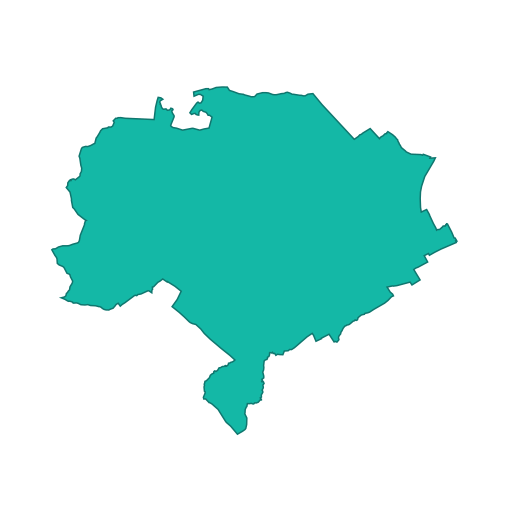 the district of Parjol, Bacau, Romania, rotated 261°
{"feature_id": "2599482B60535260634621", "entity_name": "Parjol", "entity_type": "district", "adm_level": 2, "iso_a3": "ROU", "parent_name": "Romania", "parent_adm1": "Bacau", "projection": "albers", "projection_center": [26.599, 46.592], "detail": "fine", "context": "isolated", "style": "filled", "palette": "teal", "viewbox_px": 512, "rotation_deg": 261, "n_neighbors": 0, "source": "geoboundaries", "source_scale": "gbopen_adm2", "svg_char_len": 6066}
<svg xmlns="http://www.w3.org/2000/svg" viewBox="0 0 512 512"><g transform="rotate(261 256 256)"><path d="M354.4,409.9L358.2,405.7L357.1,404.3L356.5,404.2L356.5,402.6L354.7,400.0L354.3,398.6L353.7,397.4L352.6,396.3L364.0,388.7L360.7,380.7L359.7,379.1L359.4,377.4L358.0,375.7L355.9,371.3L395.3,344.8L407.5,337.6L407.7,332.6L406.5,329.7L406.7,328.0L407.7,325.7L407.8,324.6L409.9,318.2L410.1,317.0L411.4,315.3L412.8,312.7L412.8,311.3L412.2,309.2L412.4,306.7L412.1,301.5L412.4,299.3L412.9,297.7L415.1,293.8L415.8,291.2L416.3,288.1L415.8,282.3L414.0,280.1L413.6,279.2L414.0,276.1L414.7,274.9L417.0,269.7L417.6,269.0L418.9,264.6L422.0,259.1L423.7,255.7L427.3,254.1L428.2,249.1L428.7,243.0L427.8,238.7L427.6,235.7L428.7,235.3L429.1,232.7L427.7,220.0L423.5,219.8L424.7,224.5L424.3,226.4L422.1,228.8L418.2,227.7L415.9,225.7L415.7,224.1L417.1,222.8L416.3,221.3L410.7,215.6L407.8,213.1L405.9,214.5L406.4,216.7L406.4,218.2L405.1,219.0L404.3,220.7L404.1,221.5L406.9,222.1L408.5,223.6L408.6,225.3L407.1,226.5L405.8,229.1L404.2,230.1L402.5,230.7L402.2,232.3L400.0,234.3L389.7,229.6L389.6,224.5L389.1,220.1L392.0,213.7L392.1,212.6L391.8,203.2L394.7,197.5L395.8,194.2L397.0,192.8L398.0,192.1L399.3,192.7L406.3,196.9L407.5,197.0L410.3,195.8L412.2,195.5L412.7,195.6L413.4,196.9L414.0,196.9L414.7,196.3L415.3,195.0L414.1,194.0L413.8,193.4L413.7,191.6L413.8,191.2L415.2,190.4L415.4,189.8L415.4,187.6L416.2,186.7L417.7,186.0L420.1,185.7L420.8,185.1L421.8,185.5L422.7,184.9L423.2,184.9L424.3,185.8L425.4,188.5L427.1,186.8L428.0,184.2L424.8,182.6L418.7,180.1L406.7,176.7L412.5,148.3L413.8,144.2L414.2,141.3L413.7,140.6L414.0,139.0L411.8,136.1L410.2,136.9L406.7,134.7L406.0,132.9L406.5,130.4L405.8,129.6L405.7,124.4L404.0,122.1L402.4,121.0L398.7,117.9L397.5,116.6L392.4,114.4L392.1,113.1L391.0,110.1L390.4,106.9L390.9,104.9L390.5,101.9L390.3,101.3L389.2,100.3L382.3,96.9L380.1,97.3L373.0,97.2L370.0,97.6L366.8,96.8L364.6,95.1L363.1,94.9L362.2,94.3L359.5,89.5L360.6,88.1L360.7,86.9L360.3,84.6L359.5,85.0L359.5,83.3L357.7,81.6L355.0,81.0L353.3,79.3L348.2,82.3L341.2,82.7L339.8,82.4L332.6,82.6L331.0,83.8L324.9,86.7L319.4,91.9L317.7,93.8L317.6,93.1L314.5,91.6L313.9,91.6L304.0,85.7L299.0,84.0L297.7,83.2L297.1,82.5L296.8,81.5L296.3,76.9L295.5,73.1L295.6,71.2L296.3,66.7L295.8,62.3L294.5,59.1L294.7,56.5L294.1,55.3L288.1,57.5L285.7,58.7L284.4,59.0L279.8,58.6L278.0,60.1L276.1,63.2L275.2,64.2L274.3,64.7L268.5,66.6L267.3,68.7L266.8,69.2L264.4,69.5L259.9,71.0L258.0,70.3L254.7,67.5L251.7,66.5L250.6,65.0L249.4,64.1L248.7,62.9L246.4,62.0L245.5,60.4L245.2,57.1L243.1,60.5L241.0,63.0L240.5,64.0L240.5,65.0L239.6,66.8L239.0,67.7L238.4,67.8L238.0,68.5L237.8,71.3L237.1,72.9L235.3,75.4L234.4,79.4L234.3,82.3L233.0,84.8L231.9,89.9L230.5,93.0L230.4,93.8L229.5,95.1L228.3,96.0L227.0,97.6L226.2,99.5L225.7,102.3L226.1,103.2L226.8,106.7L229.0,109.3L230.0,110.2L230.9,112.5L227.7,114.1L229.0,116.1L230.4,119.3L235.9,129.7L236.1,130.6L235.5,132.0L235.7,132.4L236.4,133.0L236.5,136.5L238.6,144.0L238.2,144.9L236.0,147.3L238.5,147.8L239.2,148.6L241.5,148.8L241.6,150.0L245.4,155.0L246.2,157.2L247.9,160.3L244.2,164.2L244.6,164.5L238.8,171.2L232.9,176.6L225.4,171.4L219.1,165.2L212.4,171.3L207.1,175.6L201.7,179.6L200.5,180.7L199.1,182.8L197.8,185.9L192.5,190.1L187.6,192.8L181.0,197.8L170.2,207.1L161.9,214.7L156.6,218.9L155.5,217.2L155.0,215.8L155.0,214.7L154.4,213.4L154.4,212.1L153.0,211.6L151.7,209.6L151.8,208.9L152.5,208.9L152.6,208.5L151.9,207.3L152.1,205.5L151.3,203.6L151.3,202.0L149.2,200.3L148.3,198.7L148.2,198.4L148.5,198.1L148.6,197.7L149.0,197.4L148.9,197.0L148.3,196.2L146.9,195.9L146.4,194.0L145.3,192.2L143.1,191.0L140.5,187.4L140.2,186.0L138.7,185.5L137.5,184.8L136.3,184.9L134.8,184.2L130.5,183.9L129.9,184.5L128.6,184.3L124.6,181.9L122.9,182.1L122.7,183.9L118.6,186.7L118.7,186.9L118.5,187.2L116.9,189.2L110.5,194.5L97.1,200.2L96.0,200.9L92.0,204.3L82.9,209.8L85.1,215.5L86.3,217.9L87.2,218.9L91.0,220.4L97.4,221.6L102.0,220.2L102.7,220.6L106.0,221.3L108.4,222.8L108.5,223.1L108.8,223.4L111.6,224.4L111.2,226.1L111.2,228.2L110.3,230.0L110.3,230.5L110.4,230.9L111.1,231.5L111.1,232.3L110.8,233.0L111.2,235.3L113.1,237.6L113.0,238.8L113.7,238.9L114.2,238.2L115.3,238.1L115.4,238.7L115.8,239.3L117.9,239.5L120.3,241.4L121.5,241.5L122.5,241.0L124.4,242.4L125.2,242.7L127.4,242.6L128.8,244.0L130.4,243.7L130.7,243.5L130.8,242.2L131.3,242.0L132.2,243.0L133.3,242.5L134.4,244.6L136.2,244.9L140.3,244.5L142.3,245.7L144.6,246.3L146.7,246.4L151.0,247.6L152.0,249.1L152.1,250.6L153.1,251.3L154.2,251.5L154.7,253.0L156.3,253.9L158.1,254.2L158.5,254.7L157.8,256.1L158.3,257.2L157.0,257.7L156.9,259.2L154.8,260.1L155.6,261.8L154.9,264.1L154.3,267.1L157.7,269.1L157.4,273.0L158.4,274.6L158.0,276.4L159.4,279.6L168.2,293.8L170.8,299.4L168.8,300.4L162.4,301.9L164.1,307.7L164.6,307.7L167.3,315.9L158.9,319.7L159.3,320.6L158.3,322.5L160.1,324.6L160.8,324.9L162.0,324.6L163.3,325.0L164.4,325.8L165.8,327.4L167.3,327.9L168.7,329.2L170.8,330.6L172.8,332.7L173.1,334.1L173.5,334.6L173.7,337.0L174.4,338.5L176.4,341.7L176.6,343.1L177.4,343.9L176.7,344.8L176.8,345.6L177.2,346.3L179.2,347.2L181.3,350.9L181.5,354.0L182.3,354.6L182.4,357.5L182.8,359.4L184.9,364.1L189.3,375.6L191.4,379.3L194.6,383.5L195.1,385.5L196.9,385.0L199.4,382.9L204.8,380.6L205.1,386.1L204.8,386.9L204.7,390.5L206.1,404.1L203.0,405.5L206.7,414.3L218.0,409.7L219.1,412.0L219.6,414.3L223.2,424.6L230.0,422.2L231.5,426.7L229.6,427.4L231.7,433.0L233.9,439.8L238.0,455.9L239.6,455.6L239.4,456.7L242.6,455.5L242.8,454.5L249.0,453.0L257.7,450.1L258.0,449.3L257.3,449.0L257.3,448.4L256.5,448.1L256.4,447.5L255.9,447.3L256.3,446.1L256.2,445.3L255.2,444.5L255.1,443.8L254.6,443.5L254.4,442.8L253.5,441.6L253.7,439.1L253.3,438.4L255.6,438.0L260.3,436.3L269.4,433.7L269.7,433.8L275.2,431.8L273.6,426.1L278.2,426.1L287.2,427.2L293.6,428.5L299.1,430.5L308.1,435.1L321.8,446.4L324.9,448.5L325.4,443.1L326.5,443.9L330.3,437.1L329.5,436.3L330.4,434.6L332.3,425.1L335.3,420.7L336.4,420.0L340.4,416.5L342.7,415.8L344.2,415.0L344.9,415.0L347.3,414.1L348.5,414.1L350.0,413.0L351.6,412.2L354.4,409.9Z" fill="#14b8a6" stroke="#0f766e" stroke-width="1.5"/></g></svg>